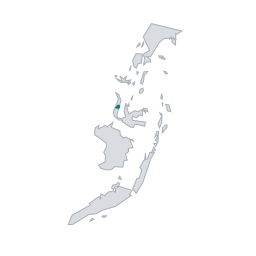 Boalemo, Gorontalo, Indonesia (highlighted), rotated 282°
{"feature_id": "22746128B1718153682633", "entity_name": "Boalemo", "entity_type": "district", "adm_level": 2, "iso_a3": "IDN", "parent_name": "Indonesia", "parent_adm1": "Gorontalo", "projection": "orthographic", "projection_center": [122.441, 0.682], "detail": "fine", "context": "in_parent", "style": "filled", "palette": "teal", "viewbox_px": 256, "rotation_deg": 282, "n_neighbors": 0, "source": "geoboundaries", "source_scale": "gbopen_adm2", "svg_char_len": 4697}
<svg xmlns="http://www.w3.org/2000/svg" viewBox="0 0 256 256"><g transform="rotate(282 128 128)"><path d="M85.7,107.0L89.8,112.6L96.0,111.9L99.2,109.3L104.6,110.8L108.9,109.8L114.5,96.6L121.4,95.9L124.6,99.0L121.1,99.3L126.0,105.6L124.6,107.1L130.4,112.1L125.2,111.5L123.5,120.6L119.6,121.9L117.3,125.5L118.7,128.0L117.3,131.9L109.8,137.0L108.1,132.4L105.1,133.5L101.9,131.0L96.3,134.0L95.5,130.8L88.7,131.1L87.3,122.9L83.9,120.7L82.4,115.0L83.1,109.5L85.7,107.0ZM21.0,89.6L31.0,91.4L43.8,106.0L45.4,107.2L46.1,105.7L55.0,113.9L52.8,115.6L57.9,115.3L56.9,119.5L61.1,121.7L63.4,126.8L62.5,129.2L66.0,128.2L69.0,131.7L67.9,144.8L62.8,143.3L62.7,145.2L48.6,131.9L42.7,120.6L37.6,114.9L35.1,107.6L22.3,94.0L21.0,89.6ZM235.0,129.3L234.0,160.5L229.8,156.2L230.4,154.9L224.7,156.4L225.7,153.3L224.2,151.7L224.8,151.4L225.7,151.5L226.2,151.4L223.6,150.2L224.8,149.8L222.6,144.1L217.7,140.6L202.3,135.2L201.7,131.5L199.6,135.6L197.3,136.4L196.5,132.7L192.9,130.3L201.1,129.5L202.1,126.9L194.5,127.6L192.7,124.4L188.2,123.7L189.5,121.0L194.9,118.5L202.4,120.4L203.4,127.9L208.4,133.0L220.4,123.9L235.0,129.3ZM158.9,112.0L153.4,115.4L138.1,114.3L136.2,115.6L135.6,119.5L138.5,123.5L142.9,120.9L151.9,120.6L141.8,125.9L146.3,130.9L146.2,134.3L149.1,138.1L143.0,139.8L143.1,136.6L139.6,133.9L140.4,130.1L138.4,129.7L136.5,131.1L137.4,143.8L133.2,143.9L133.5,136.3L132.7,133.8L129.8,133.3L129.4,130.0L132.9,121.2L134.5,121.0L133.9,117.3L136.6,112.2L140.5,110.4L154.3,112.7L160.0,108.7L158.9,112.0ZM69.4,145.2L79.9,147.1L81.6,149.5L89.8,150.3L91.7,147.8L99.8,150.2L102.1,153.7L108.7,154.3L108.7,157.3L109.6,159.0L103.3,156.7L78.2,153.9L65.8,149.6L69.4,145.2ZM172.6,112.7L177.2,109.2L175.1,113.3L178.2,115.8L173.3,115.4L175.9,121.2L172.4,118.0L171.1,111.3L174.0,106.2L172.6,112.7ZM174.8,130.7L186.2,131.9L187.3,135.4L182.7,132.9L176.3,133.5L174.5,132.1L173.4,133.7L174.8,130.7ZM148.7,158.3L140.3,159.8L134.5,158.7L138.3,156.5L146.5,158.4L149.3,155.9L148.7,158.3ZM124.7,156.1L130.3,156.8L131.2,158.6L120.1,160.2L121.9,157.1L125.7,158.8L127.0,158.2L124.7,156.1ZM158.9,159.9L159.1,163.3L152.8,166.4L153.1,163.1L158.9,159.9ZM68.9,124.8L70.4,128.6L72.5,129.2L71.9,131.6L68.8,130.4L67.7,127.3L64.7,126.6L66.2,124.3L68.9,124.8ZM223.0,156.5L218.9,157.1L221.1,153.2L224.3,152.3L225.2,153.8L223.0,156.5ZM135.5,161.9L138.1,163.6L139.3,165.4L136.7,166.0L130.5,162.6L135.5,161.9ZM168.4,131.8L170.1,134.4L167.5,135.3L164.5,133.4L164.7,131.9L168.4,131.8ZM109.0,156.1L114.9,157.3L112.3,159.4L109.0,156.1ZM118.2,156.3L119.1,159.6L115.7,159.1L118.2,156.3ZM79.1,129.8L76.3,132.2L76.5,129.1L79.1,129.8ZM205.0,143.0L205.6,147.1L204.3,147.3L203.2,144.3L205.0,143.0ZM107.1,150.4L102.6,151.6L100.7,150.9L107.1,150.4ZM150.6,138.8L150.7,142.6L148.0,144.2L149.0,139.1L150.6,138.8ZM28.5,109.7L32.2,111.9L31.7,113.8L28.5,109.7ZM37.7,125.2L36.2,124.4L35.5,121.3L36.6,121.2L37.7,125.2ZM189.4,155.3L188.6,153.8L191.0,151.1L190.9,153.5L189.4,155.3ZM185.2,117.2L189.9,118.2L184.6,117.8L185.2,117.2ZM156.6,124.9L160.9,125.9L156.2,125.8L156.6,124.9ZM148.6,140.7L146.3,142.5L148.3,139.1L148.6,140.7ZM209.1,119.9L211.5,120.3L213.7,122.0L211.6,122.5L209.1,119.9ZM167.9,153.8L166.3,155.1L163.1,155.3L164.0,153.8L167.9,153.8ZM204.7,147.8L203.7,149.8L202.6,149.7L202.8,146.6L204.7,147.8ZM174.6,124.9L171.8,125.2L171.0,124.5L172.2,123.3L174.6,124.9ZM209.5,124.5L212.9,124.8L216.1,125.5L213.0,125.9L209.5,124.5ZM149.3,122.6L152.2,123.9L149.2,124.5L149.3,122.6ZM176.9,106.1L174.9,105.7L176.8,104.3L176.9,106.1ZM156.3,157.4L159.5,156.2L159.9,156.9L156.3,157.4ZM185.2,125.0L184.7,126.7L182.2,125.9L183.4,125.3L185.2,125.0ZM117.6,135.0L116.3,136.2L117.3,132.5L117.6,135.0ZM171.8,118.4L173.3,120.8L172.7,121.1L170.5,119.3L171.8,118.4Z" fill="#d9dde1" stroke="#a8b0b8" stroke-width="1"/><path d="M146.1,112.4L146.1,112.5L145.9,112.5L145.7,112.4L145.7,112.5L145.6,112.4L145.6,112.5L145.5,112.4L145.4,112.3L145.3,112.5L145.3,112.8L145.5,112.9L145.5,113.3L145.5,113.6L145.6,113.8L145.6,114.0L145.5,114.4L145.5,114.5L145.8,114.6L146.0,114.5L146.3,114.6L146.5,114.5L146.4,114.5L146.5,114.5L146.5,114.4L146.5,114.5L146.5,114.4L146.5,114.5L146.6,114.4L146.6,114.5L146.6,114.4L146.8,114.4L147.0,114.4L147.3,114.4L147.4,114.5L147.4,114.4L147.5,114.4L147.5,114.5L147.6,114.4L147.7,114.5L147.8,114.5L147.8,114.4L147.8,114.5L148.0,114.5L148.1,114.4L148.0,114.2L147.9,114.0L147.9,113.9L147.8,113.7L147.7,113.7L147.5,113.4L147.4,113.5L147.4,113.4L147.3,113.2L147.2,113.3L147.2,113.2L146.9,113.2L146.7,113.1L146.4,113.0L146.2,113.1L146.3,113.1L146.2,113.1L146.1,112.9L146.1,112.7L146.1,112.4ZM147.5,114.4L147.5,114.5L147.4,114.5L147.5,114.5L147.5,114.4L147.5,114.4ZM147.1,114.4L147.1,114.5L147.1,114.4L147.1,114.4Z" fill="#14b8a6" stroke="#0f766e" stroke-width="1.5"/></g></svg>